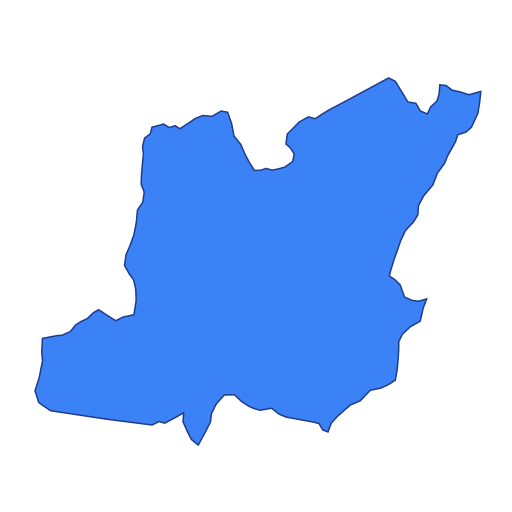 outline of Rio das Pedras, São Paulo, Brazil, rotated 8°
{"feature_id": "56859067B32599157784943", "entity_name": "Rio das Pedras", "entity_type": "district", "adm_level": 2, "iso_a3": "BRA", "parent_name": "Brazil", "parent_adm1": "São Paulo", "projection": "equal_earth", "projection_center": [-47.595, -22.845], "detail": "fine", "context": "isolated", "style": "filled", "palette": "blue", "viewbox_px": 512, "rotation_deg": 8, "n_neighbors": 0, "source": "geoboundaries", "source_scale": "gbopen_adm2", "svg_char_len": 2091}
<svg xmlns="http://www.w3.org/2000/svg" viewBox="0 0 512 512"><g transform="rotate(8 256 256)"><path d="M431.0,274.7L423.2,278.2L416.8,278.2L408.8,276.0L402.9,264.7L396.6,259.9L390.7,257.3L391.6,250.2L393.3,239.7L395.3,230.5L397.0,221.1L400.5,209.9L407.2,200.5L410.5,192.8L409.9,183.4L413.6,173.2L421.2,161.1L424.2,148.4L429.8,138.2L431.8,130.2L434.6,123.0L437.7,114.9L438.9,107.9L446.7,104.1L451.4,98.6L455.9,83.5L456.1,72.1L455.7,61.7L444.4,66.7L435.7,65.1L427.0,64.4L420.6,60.7L414.2,60.9L414.8,70.1L413.7,77.3L408.1,84.2L405.9,91.5L398.6,89.5L393.1,82.6L384.9,82.3L378.3,74.1L369.6,63.6L362.6,61.2L321.4,91.5L308.3,100.9L301.6,106.4L295.5,111.8L288.6,110.9L280.1,117.3L274.7,124.7L270.0,130.9L270.1,140.9L274.9,144.1L279.6,149.6L279.2,157.3L272.1,164.0L265.1,167.0L259.9,168.7L253.8,167.9L248.6,170.5L242.5,171.4L236.4,164.3L231.1,157.0L225.4,147.6L217.5,140.2L213.4,128.2L207.9,117.6L201.2,117.3L193.1,123.8L183.8,124.3L176.9,128.2L172.2,132.4L167.7,136.4L162.9,140.6L157.8,138.2L152.3,140.9L146.2,138.2L140.9,140.5L135.1,142.9L134.2,149.9L129.3,154.6L128.4,163.2L130.3,170.5L130.7,180.2L131.4,192.3L132.3,200.9L136.4,208.2L136.4,218.4L132.2,227.0L132.8,239.3L132.2,251.7L129.7,263.5L127.1,272.8L127.1,283.7L133.4,291.9L138.1,296.6L141.6,305.8L143.5,316.7L143.3,331.1L132.8,335.0L126.1,339.6L117.7,335.8L112.8,333.5L107.6,331.1L102.9,334.7L97.5,341.6L91.4,345.5L87.0,349.4L82.6,356.7L75.1,361.4L69.9,362.6L56.0,367.3L57.2,381.0L59.2,389.4L58.7,397.9L58.3,406.3L55.9,420.2L61.3,431.4L74.0,437.8L131.4,438.4L176.6,437.8L183.1,433.4L188.8,434.3L200.1,426.1L206.2,421.3L206.8,430.3L212.6,439.6L217.5,446.6L225.1,451.3L230.5,436.9L234.0,426.7L233.8,418.5L237.2,408.1L243.9,398.1L254.0,396.4L262.2,402.3L270.0,405.8L275.3,407.3L281.4,408.2L292.7,404.6L300.7,409.3L308.0,411.3L336.4,412.5L341.7,413.2L346.4,419.0L351.8,420.2L353.8,411.0L359.0,403.4L370.3,390.3L379.4,384.9L387.8,373.1L397.7,369.6L404.9,365.0L411.2,359.6L411.6,349.9L411.3,342.5L410.4,329.3L409.3,321.0L411.9,312.9L418.6,304.7L427.7,297.6L428.8,284.4L431.0,274.7Z" fill="#3b82f6" stroke="#1e3a8a" stroke-width="1.5"/></g></svg>